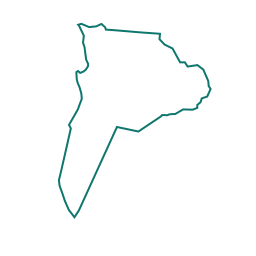 Piti, Guam (Albers equal-area conic projection), rotated 283°
{"feature_id": "77769853B27536991093250", "entity_name": "Piti", "entity_type": "district", "adm_level": 2, "iso_a3": "GUM", "parent_name": "Guam", "parent_adm1": "", "projection": "albers", "projection_center": [144.681, 13.441], "detail": "fine", "context": "isolated", "style": "outline", "palette": "teal", "viewbox_px": 256, "rotation_deg": 283, "n_neighbors": 0, "source": "geoboundaries", "source_scale": "gbopen_adm2", "svg_char_len": 1076}
<svg xmlns="http://www.w3.org/2000/svg" viewBox="0 0 256 256"><g transform="rotate(283 128 128)"><path d="M204.9,181.5L201.3,172.3L204.8,168.6L203.7,164.0L215.5,153.5L217.5,144.9L221.6,138.7L227.0,138.0L226.6,135.4L224.3,120.8L223.4,114.8L220.4,93.9L218.9,84.3L219.9,83.7L221.0,83.1L223.4,78.7L219.9,74.2L217.6,67.5L219.0,59.1L217.4,56.3L217.2,56.6L216.9,57.1L208.0,64.2L201.0,65.0L196.9,67.5L185.3,71.8L182.7,73.8L181.4,74.8L179.0,75.1L175.1,73.6L173.0,71.9L170.9,69.0L172.3,66.5L170.8,65.1L164.0,67.1L160.5,68.9L156.7,71.7L150.8,74.9L146.0,76.4L138.6,75.4L134.9,75.0L117.7,69.8L115.6,71.7L114.7,72.4L113.8,72.4L85.0,72.5L74.3,72.5L65.2,72.5L62.4,72.4L61.6,72.4L60.5,72.8L56.0,74.5L50.9,77.9L42.6,83.0L34.7,88.9L34.5,89.2L32.8,91.3L29.0,95.9L36.7,98.7L126.5,117.0L126.9,138.9L146.3,157.1L147.3,157.9L148.2,158.3L148.6,159.5L149.2,163.2L150.6,165.3L151.4,167.5L152.2,170.8L158.5,177.5L160.4,186.9L163.2,191.0L166.0,190.3L169.5,192.9L173.4,193.2L176.5,198.1L184.6,199.7L187.0,197.2L191.9,195.6L201.9,188.2L204.9,181.5Z" fill="none" stroke="#0f766e" stroke-width="2"/></g></svg>